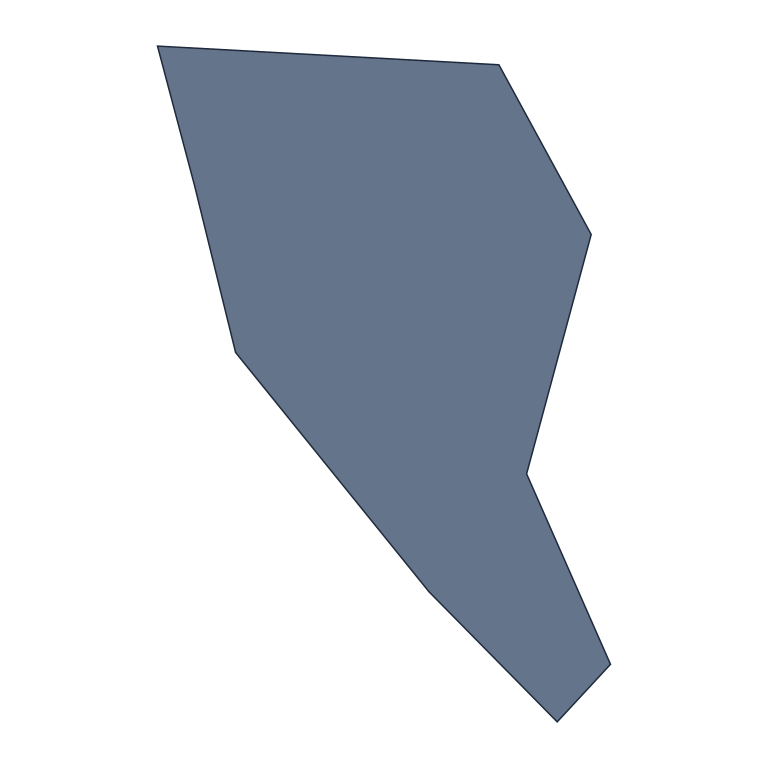 the border of Kwun Tong
{"feature_id": "HKG-5161", "entity_name": "Kwun Tong", "entity_type": "state/province", "adm_level": 1, "iso_a3": "HKG", "parent_name": "Hong Kong S.A.R.", "parent_adm1": "", "projection": "mercator", "projection_center": [114.229, 22.308], "detail": "fine", "context": "isolated", "style": "filled", "palette": "slate", "viewbox_px": 768, "rotation_deg": 0, "n_neighbors": 0, "source": "natural_earth", "source_scale": "10m", "svg_char_len": 250}
<svg xmlns="http://www.w3.org/2000/svg" viewBox="0 0 768 768"><path d="M610.5,664.3L557.2,721.9L429.1,591.9L235.6,352.5L194.3,184.6L157.5,46.1L498.9,64.8L591.2,234.5L526.6,473.9L610.5,664.3Z" fill="#64748b" stroke="#1e293b" stroke-width="1.5"/></svg>